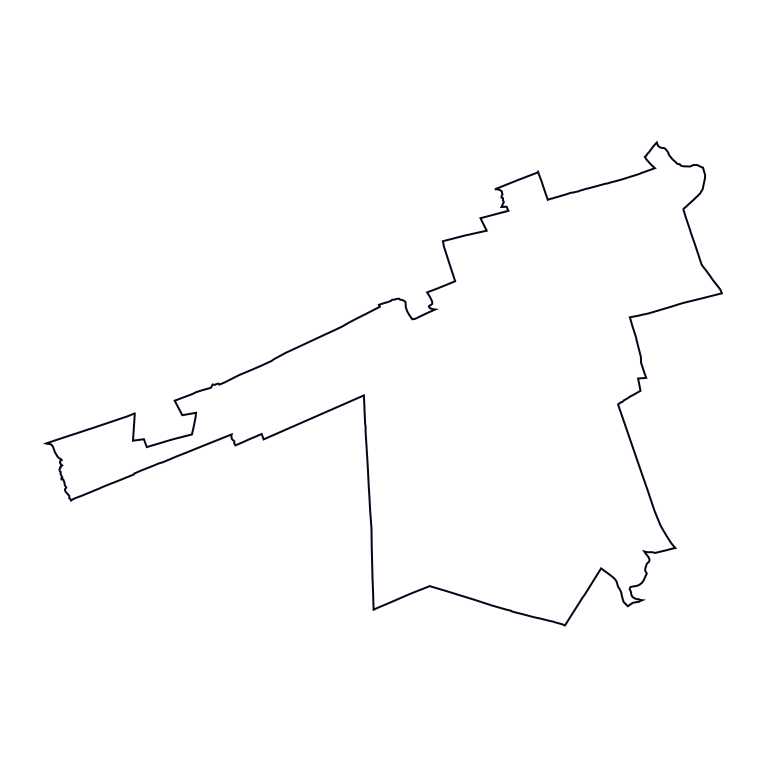 Salcioara, Dâmbovita, Romania (Robinson projection)
{"feature_id": "2599482B29130096234680", "entity_name": "Salcioara", "entity_type": "district", "adm_level": 2, "iso_a3": "ROU", "parent_name": "Romania", "parent_adm1": "Dâmbovita", "projection": "robinson", "projection_center": [25.568, 44.74], "detail": "fine", "context": "isolated", "style": "outline", "palette": "ink", "viewbox_px": 768, "rotation_deg": 0, "n_neighbors": 0, "source": "geoboundaries", "source_scale": "gbopen_adm2", "svg_char_len": 6044}
<svg xmlns="http://www.w3.org/2000/svg" viewBox="0 0 768 768"><path d="M642.3,600.2L640.7,600.0L638.6,599.2L637.0,599.1L635.7,598.8L633.5,597.7L632.1,596.4L631.5,595.1L631.2,594.0L631.1,592.7L630.7,591.3L630.3,590.3L629.7,589.5L629.9,588.2L630.2,587.4L631.2,586.9L632.7,586.5L634.4,586.3L637.1,585.8L639.4,584.8L641.0,583.6L642.4,582.3L643.8,580.1L645.7,575.8L646.7,574.0L646.6,573.1L645.6,571.5L645.2,570.2L645.2,569.1L646.0,566.2L646.7,564.1L647.8,562.7L648.9,561.9L649.3,561.0L649.5,560.1L649.3,558.7L648.2,556.7L645.5,553.4L644.3,551.5L645.3,551.8L647.6,552.2L648.4,552.2L650.0,552.2L652.2,552.2L652.8,552.3L654.6,552.9L655.3,552.9L665.2,550.5L665.5,550.5L669.8,549.3L673.8,548.3L674.2,548.3L675.3,548.1L672.2,544.4L670.2,541.6L666.7,536.1L663.3,530.4L660.5,525.4L654.8,511.6L649.8,496.8L647.7,490.4L642.6,475.9L622.2,416.5L618.9,407.0L618.1,404.3L618.3,404.1L621.4,402.1L622.6,401.8L623.1,401.2L623.6,400.5L624.1,400.3L625.9,399.3L628.2,397.9L630.4,396.4L631.2,395.9L632.6,395.3L640.5,390.8L638.1,378.5L642.1,378.2L646.2,377.9L645.1,374.7L644.9,374.4L641.0,362.5L640.9,356.8L640.3,354.9L640.1,353.9L636.3,339.0L636.4,338.8L635.5,335.7L632.3,325.8L629.9,317.3L637.9,315.8L641.6,314.9L648.2,313.5L651.0,312.7L670.9,306.8L680.0,303.9L683.5,302.9L703.8,297.9L721.9,293.3L720.4,289.8L719.9,289.0L712.7,279.8L710.0,275.8L706.1,270.5L702.6,266.1L701.9,265.0L701.4,264.0L698.2,254.2L694.4,242.8L690.7,232.4L690.5,231.5L689.8,229.2L685.6,216.8L683.9,211.2L683.5,209.8L683.4,209.3L683.5,209.0L683.7,208.6L684.2,208.2L685.6,207.2L688.4,204.5L688.9,204.0L689.6,203.6L690.4,202.7L693.1,200.3L697.0,196.5L698.1,195.7L698.3,195.4L698.5,194.9L699.9,193.8L702.1,190.1L702.6,189.3L702.9,188.1L703.7,184.3L704.1,182.4L704.5,180.4L705.0,178.5L705.1,177.9L705.0,177.5L704.9,176.9L705.1,176.3L705.1,175.0L703.1,168.1L702.9,167.6L702.7,167.4L701.8,167.3L701.2,167.0L697.6,165.2L697.0,165.0L695.5,165.1L694.4,165.0L693.7,165.0L693.0,165.2L692.5,165.4L690.8,166.2L690.0,166.5L689.4,166.5L687.8,166.4L685.5,166.4L683.6,166.3L681.5,165.9L680.4,165.2L679.9,164.6L679.8,164.3L679.6,164.1L679.4,164.1L678.2,164.1L677.7,163.9L677.1,163.6L674.9,161.4L673.4,160.1L672.2,159.0L670.7,157.1L668.9,154.9L668.2,152.6L667.7,151.7L665.8,149.4L664.9,148.5L663.9,148.1L663.4,148.0L661.4,147.8L660.6,147.6L659.4,146.9L658.6,146.3L658.0,145.6L657.3,144.0L656.8,142.5L652.9,146.9L649.2,152.0L648.2,153.1L647.4,153.7L647.0,154.6L646.2,155.7L644.8,156.9L646.5,159.5L649.0,162.4L652.3,165.8L654.9,168.2L640.9,173.2L640.4,173.4L640.1,173.7L632.8,176.0L632.2,176.2L620.4,179.9L614.8,181.4L609.4,182.8L607.4,183.5L606.5,183.5L605.5,183.7L594.3,186.8L592.9,187.1L589.4,188.1L585.9,188.9L583.1,189.8L580.1,190.6L579.7,190.8L578.5,191.4L577.7,191.5L577.1,191.6L573.4,192.5L572.2,192.6L570.8,192.8L565.2,194.7L562.0,195.5L559.7,196.3L556.0,197.3L553.6,198.1L549.2,199.2L548.2,199.5L547.8,199.8L545.3,192.6L543.0,185.9L541.7,181.7L538.0,171.8L537.4,172.6L518.1,180.0L494.9,189.3L497.9,189.3L500.6,190.4L502.0,191.7L502.0,193.1L502.5,194.5L501.6,196.1L501.5,197.6L503.0,198.2L502.9,200.1L503.8,202.1L501.5,207.0L506.6,206.7L508.4,210.8L480.5,218.2L486.7,230.7L464.6,235.6L442.9,241.2L443.9,246.4L447.4,257.4L454.3,278.6L455.2,281.2L443.8,285.9L440.0,287.4L438.2,288.2L429.4,291.5L427.1,292.4L429.9,296.8L431.8,300.7L432.1,301.8L432.3,302.7L432.2,303.7L431.8,304.3L431.0,304.9L429.4,305.7L429.0,306.2L428.9,306.8L430.1,308.2L432.9,309.2L435.2,309.5L427.3,313.0L415.2,318.8L412.3,319.3L411.1,317.6L409.0,314.6L407.2,311.3L405.7,307.0L405.7,304.4L405.4,301.9L404.1,300.8L402.4,300.1L400.1,299.6L399.1,298.7L396.2,299.0L394.4,299.7L392.9,299.7L392.0,299.9L390.7,301.0L388.0,302.0L382.9,303.5L378.9,304.8L379.9,306.7L367.4,313.2L358.2,317.8L348.2,323.0L342.1,326.6L285.8,352.8L274.3,359.0L271.5,361.0L267.1,363.0L260.2,366.2L238.9,375.2L224.1,382.7L219.4,384.6L218.7,383.7L216.7,384.0L214.7,384.9L213.7,384.7L212.7,384.5L210.7,387.9L202.3,390.2L196.1,392.2L192.5,394.0L174.7,400.7L182.3,415.2L196.0,412.8L195.6,417.2L193.5,427.7L191.9,434.5L184.2,436.4L171.9,439.6L146.8,447.1L143.9,439.2L133.0,440.7L134.8,413.6L134.7,413.4L126.5,416.7L125.4,417.0L113.9,420.9L97.9,426.3L92.0,428.3L87.8,429.6L75.9,433.6L72.0,434.8L52.7,441.2L46.1,443.5L46.8,443.7L49.8,444.1L51.3,444.6L52.8,446.4L55.0,452.4L56.8,455.3L57.3,456.3L58.5,457.7L61.2,459.4L61.7,460.0L60.7,460.5L60.1,461.4L60.2,461.6L60.2,462.2L60.0,462.8L60.7,464.0L62.2,465.5L60.6,466.4L60.4,466.9L60.6,467.8L60.0,468.1L59.5,469.5L59.6,470.5L60.0,471.4L60.8,472.1L60.5,473.7L61.5,476.1L62.3,477.6L61.6,478.1L61.3,478.7L61.5,479.4L62.5,479.5L63.3,479.6L64.5,482.8L64.7,484.3L64.7,485.0L66.3,487.6L65.2,488.9L65.0,489.5L65.0,490.2L65.3,491.1L66.4,492.7L67.9,494.2L69.3,496.0L69.3,498.3L71.1,499.8L71.1,500.1L71.1,500.4L73.5,499.0L75.4,498.1L81.9,495.7L99.8,488.3L101.4,487.5L106.0,485.6L119.5,480.3L133.8,474.5L134.1,473.7L137.5,472.1L141.5,470.4L152.9,465.9L158.6,463.5L163.0,462.2L176.2,456.6L188.6,451.7L202.9,445.9L231.7,434.4L231.4,436.0L231.5,436.8L231.7,438.5L232.1,439.2L232.8,440.0L234.0,441.0L234.3,441.3L234.3,441.8L234.3,442.5L234.2,443.1L234.3,443.6L234.6,444.2L235.1,444.8L235.4,445.4L243.3,442.0L248.5,439.6L261.7,434.0L263.6,439.4L363.9,395.4L364.3,403.9L364.6,412.5L365.1,423.0L365.2,424.5L365.3,424.7L365.6,426.6L365.6,429.7L365.6,431.7L365.6,431.9L367.1,455.6L368.0,471.0L368.7,485.3L369.5,498.3L370.1,510.0L371.5,528.6L371.7,545.4L372.5,577.8L373.1,593.5L373.6,609.7L374.8,609.2L375.7,608.7L378.9,607.3L389.6,602.8L410.3,593.8L428.3,586.7L429.6,586.1L440.3,589.3L446.5,591.1L458.9,595.0L475.1,600.0L492.2,605.6L507.0,609.8L510.9,610.7L511.2,611.2L514.2,612.1L523.8,614.5L534.3,617.3L540.5,618.6L547.6,620.4L553.4,621.7L555.3,622.4L562.0,624.2L563.3,624.7L564.9,625.5L566.4,623.2L582.5,597.7L584.7,594.7L601.1,568.4L604.6,571.0L608.4,573.7L612.5,576.9L614.6,578.8L616.5,581.3L617.3,584.1L618.1,586.8L619.9,589.5L621.2,592.4L621.8,595.7L622.8,599.4L623.6,602.0L627.9,606.2L632.6,602.9L635.7,602.3L637.2,601.8L638.2,602.0L638.7,601.9L639.3,601.6L639.8,601.1L640.9,600.8L642.3,600.2Z" fill="none" stroke="#020617" stroke-width="2"/></svg>